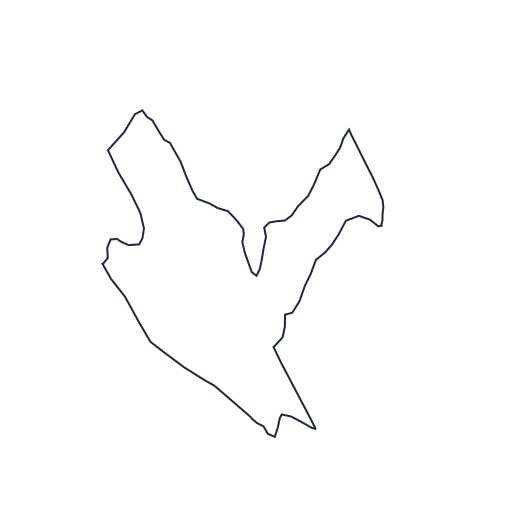 the district of Mora, Dalarna, Sweden, rotated 63°
{"feature_id": "70781695B88380498553182", "entity_name": "Mora", "entity_type": "district", "adm_level": 2, "iso_a3": "SWE", "parent_name": "Sweden", "parent_adm1": "Dalarna", "projection": "equal_earth", "projection_center": [14.299, 61.154], "detail": "fine", "context": "isolated", "style": "outline", "palette": "slate", "viewbox_px": 512, "rotation_deg": 63, "n_neighbors": 0, "source": "geoboundaries", "source_scale": "gbopen_adm2", "svg_char_len": 1538}
<svg xmlns="http://www.w3.org/2000/svg" viewBox="0 0 512 512"><g transform="rotate(63 256 256)"><path d="M185.6,115.7L190.8,124.7L197.6,131.8L202.1,139.4L207.3,149.0L208.1,159.5L218.6,171.8L226.2,182.3L230.7,195.9L236.0,205.6L237.5,214.1L234.4,221.8L232.2,229.0L234.4,235.8L243.5,238.4L252.6,245.7L262.4,252.9L269.3,258.5L273.8,264.5L268.5,267.1L248.0,264.5L237.4,261.9L231.4,257.2L226.1,255.1L214.7,257.2L203.4,260.6L195.8,268.4L188.2,273.5L178.3,282.5L169.2,283.0L154.0,282.1L138.1,280.4L116.1,281.3L110.8,285.1L100.2,286.0L88.1,286.8L82.7,289.9L74.6,291.2L74.7,292.0L74.7,299.5L85.9,317.4L94.5,339.9L119.2,340.7L144.5,339.1L165.2,339.5L180.6,343.3L188.6,349.1L192.6,354.8L188.6,364.4L182.5,369.4L177.8,372.1L175.2,377.9L181.1,384.8L190.5,389.0L193.2,395.2L193.2,396.3L210.7,395.6L232.8,391.2L262.5,390.3L284.2,389.0L284.5,389.0L300.5,381.5L322.5,370.6L343.0,358.4L352.9,351.8L352.8,351.7L353.0,351.8L397.4,333.7L398.7,333.6L405.2,331.0L411.3,326.6L419.6,326.2L421.4,324.8L425.7,321.4L418.8,314.5L411.2,308.4L408.9,305.0L414.9,297.6L424.0,291.2L434.5,284.3L437.4,281.0L436.8,281.3L421.6,281.3L362.5,282.1L345.1,281.7L345.0,281.4L343.5,277.0L340.5,269.2L332.1,262.4L331.8,262.2L321.5,256.8L323.0,249.5L316.2,238.0L304.8,226.0L297.2,215.8L286.6,204.3L284.3,193.3L280.6,183.6L273.8,171.8L265.4,160.0L266.9,146.1L275.2,138.1L285.0,133.5L286.0,130.4L285.4,130.4L281.7,127.2L275.8,124.0L270.0,120.2L263.6,117.8L251.5,116.9L238.7,116.3L223.9,116.3L199.6,116.1L191.1,116.1L185.6,115.7Z" fill="none" stroke="#1e293b" stroke-width="2"/></g></svg>